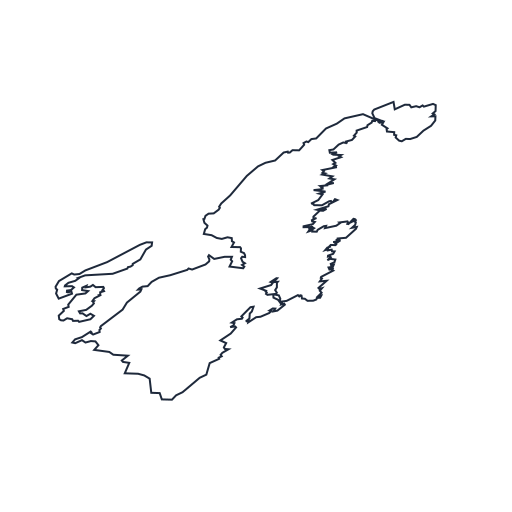 outline of Sømna nor, Nordland, Norway, rotated 169°
{"feature_id": "86288312B60558696179500", "entity_name": "Sømna nor", "entity_type": "district", "adm_level": 2, "iso_a3": "NOR", "parent_name": "Norway", "parent_adm1": "Nordland", "projection": "natural_earth1", "projection_center": [12.23, 65.321], "detail": "fine", "context": "isolated", "style": "outline", "palette": "slate", "viewbox_px": 512, "rotation_deg": 169, "n_neighbors": 0, "source": "geoboundaries", "source_scale": "gbopen_adm2", "svg_char_len": 6140}
<svg xmlns="http://www.w3.org/2000/svg" viewBox="0 0 512 512"><g transform="rotate(169 256 256)"><path d="M301.9,176.2L307.1,179.9L295.6,184.7L289.2,189.7L289.9,190.8L294.9,191.1L291.4,192.1L290.0,194.2L292.5,195.2L286.8,197.5L281.8,197.1L280.9,198.1L281.9,199.5L271.2,206.8L268.1,206.7L270.7,202.3L273.1,200.7L274.4,195.9L278.5,193.7L275.7,193.8L276.3,192.3L267.5,195.9L263.2,195.5L253.9,197.5L251.5,199.1L253.1,199.9L249.5,201.3L247.2,200.7L249.4,198.3L245.4,198.3L237.0,202.7L237.4,203.8L240.6,203.6L239.4,205.3L240.9,205.0L242.7,208.8L246.8,211.8L246.5,214.2L244.7,215.1L252.2,215.7L253.4,216.9L252.4,218.1L253.3,219.2L252.7,219.9L258.2,223.3L246.7,224.6L244.6,226.5L246.6,227.7L240.2,230.3L239.5,230.1L243.7,227.0L239.6,226.5L240.6,225.7L241.5,221.2L243.7,218.9L242.6,216.1L244.0,214.2L241.1,213.0L240.3,209.4L241.2,207.6L240.2,206.4L234.5,206.1L222.3,209.6L221.3,208.1L220.1,209.0L218.8,208.6L220.7,208.4L218.9,208.2L219.0,205.5L216.2,204.7L214.0,202.2L208.3,201.2L205.1,201.8L204.1,203.2L201.0,202.8L199.4,204.8L202.4,204.9L198.6,207.4L200.0,209.7L197.4,211.8L200.1,211.6L200.8,212.7L191.4,218.2L198.2,218.9L195.6,221.3L196.6,222.1L196.0,223.1L183.1,226.9L184.6,228.1L182.1,229.2L186.5,228.7L187.0,230.9L182.6,230.7L181.4,232.5L184.0,232.4L184.1,234.0L180.2,234.9L178.8,237.4L183.6,239.0L186.7,238.3L182.8,240.5L183.6,241.8L185.5,241.7L185.2,242.6L179.8,243.4L178.0,245.5L180.5,246.1L180.5,247.8L185.5,247.8L182.9,249.1L186.9,248.6L184.4,250.6L180.6,251.1L182.2,251.4L180.5,252.6L176.0,251.5L175.1,252.0L175.6,253.0L173.4,253.9L177.6,254.9L170.0,255.1L174.6,256.4L170.2,257.1L173.4,257.7L164.2,256.7L152.7,263.6L151.5,265.3L156.4,265.4L152.7,267.6L151.6,270.0L152.8,271.1L150.4,272.6L154.5,271.5L152.5,273.6L153.2,273.9L159.2,269.7L160.2,270.1L159.2,271.4L159.6,272.5L167.5,273.0L166.9,272.4L171.4,270.4L182.9,270.2L181.5,272.2L183.8,272.3L190.5,269.9L191.7,268.3L196.1,269.2L195.7,270.6L200.0,270.0L197.9,272.0L194.6,271.8L193.7,272.2L194.9,273.2L194.7,272.1L197.8,272.1L198.4,272.6L196.4,273.9L194.4,273.6L203.8,275.2L203.6,276.1L194.2,276.4L191.8,278.2L194.3,279.3L194.3,280.5L189.4,281.7L192.5,281.7L192.1,283.7L184.7,288.4L181.5,287.6L177.7,288.8L184.4,288.5L187.4,289.8L175.4,291.0L174.5,292.9L165.5,295.4L167.7,296.7L169.8,294.6L171.5,294.2L171.9,295.7L173.7,295.8L181.6,293.2L189.2,294.8L190.3,296.3L188.9,296.9L192.0,296.9L184.2,299.0L178.9,303.8L182.1,305.2L175.5,306.0L186.9,309.7L180.0,309.1L177.9,309.4L178.9,311.1L176.5,310.9L178.4,311.4L179.5,312.4L171.7,311.7L173.4,312.4L165.7,312.8L171.2,313.6L164.4,316.3L169.1,318.1L165.8,319.6L175.2,323.2L172.5,323.9L174.9,325.0L173.1,326.4L174.4,327.7L159.6,327.8L163.7,328.4L160.3,329.6L162.6,331.5L160.3,332.3L162.7,335.7L153.7,336.8L155.3,338.2L153.3,338.9L160.8,340.7L161.4,341.2L156.7,342.3L163.8,343.3L163.8,345.9L159.7,345.8L153.6,349.6L148.7,350.8L146.1,349.8L146.7,349.3L145.3,349.9L145.7,351.2L139.7,351.6L135.8,354.4L136.9,355.4L133.6,357.9L133.3,359.9L122.3,361.4L121.6,363.1L117.0,364.9L116.1,366.5L112.6,365.5L113.5,366.3L112.0,366.6L123.9,374.8L142.9,374.2L151.4,370.5L163.0,367.8L174.5,359.9L179.3,360.2L183.0,357.8L184.6,358.8L187.8,357.8L187.5,356.0L193.5,351.5L200.0,352.9L203.1,351.1L204.8,351.3L204.9,352.4L209.1,352.3L219.0,346.1L228.9,345.7L236.9,343.6L249.7,336.4L269.8,320.4L280.1,314.2L282.8,311.4L282.3,310.2L283.8,308.6L289.4,305.9L294.5,306.6L297.9,305.1L299.6,302.2L300.6,302.2L300.3,298.4L297.8,295.1L298.7,293.2L300.8,292.0L303.0,287.6L295.6,284.9L291.1,281.2L286.3,279.3L280.4,279.8L276.4,278.2L276.8,275.1L275.0,273.5L278.3,269.5L269.9,267.7L269.3,266.4L270.1,263.1L267.2,261.1L266.6,258.9L266.9,257.0L269.7,257.9L271.1,256.6L270.3,252.9L268.3,251.0L271.4,249.9L269.5,247.8L270.9,246.4L284.0,250.7L280.4,255.4L281.5,257.2L279.8,259.8L286.8,261.2L297.6,261.1L302.0,265.8L303.1,264.6L302.4,261.6L303.0,259.7L307.2,257.3L321.3,254.9L324.6,256.6L326.1,255.5L343.9,253.5L355.4,253.2L363.4,250.5L368.1,247.1L373.3,247.6L376.9,246.4L378.2,245.5L374.9,245.1L376.3,243.1L391.6,234.9L397.2,228.8L421.6,216.8L422.6,215.7L422.1,214.4L423.8,213.3L424.0,211.2L430.9,210.0L432.9,212.0L432.1,212.5L432.7,213.4L442.3,209.6L449.5,208.7L452.8,206.1L450.1,204.9L442.9,206.6L439.9,203.6L434.3,204.0L429.9,202.8L427.7,198.5L432.7,194.7L418.3,189.8L414.9,186.3L400.8,182.6L407.7,179.0L406.8,177.4L400.8,175.3L407.2,165.9L394.2,162.9L388.5,160.1L383.8,155.9L384.9,141.7L376.7,139.8L375.8,133.2L365.9,131.0L361.0,134.5L354.1,136.3L334.5,147.2L327.4,149.0L321.9,159.7L311.8,162.1L312.0,163.3L308.8,164.1L309.6,165.7L307.5,167.4L300.8,169.7L304.3,170.7L305.0,172.4L301.9,176.2ZM93.5,341.9L91.0,340.8L86.6,342.4L82.4,341.4L75.5,342.2L67.7,347.1L59.3,350.4L54.2,354.8L53.2,358.9L57.3,359.6L53.9,361.0L55.3,362.2L52.1,364.0L50.8,369.8L53.2,371.5L62.7,370.6L63.7,372.0L67.1,370.8L70.2,372.5L75.2,372.3L76.5,375.1L81.0,376.1L91.8,373.5L91.6,381.0L112.0,377.2L113.8,375.8L114.6,373.9L113.3,368.7L109.9,366.6L111.7,366.5L107.3,364.9L110.1,364.2L109.3,363.2L105.3,363.2L107.4,360.8L102.6,356.2L103.6,355.7L103.7,353.2L96.7,351.2L97.3,348.6L95.3,347.7L96.3,345.7L93.5,341.9ZM440.2,274.1L454.2,269.0L458.6,264.1L458.7,262.3L457.6,260.9L459.4,257.3L457.8,251.8L443.8,254.1L444.0,256.5L447.5,256.2L448.5,256.7L448.1,258.1L444.1,257.9L440.7,259.9L442.4,261.5L449.5,262.7L449.1,263.5L445.2,265.5L438.2,266.1L434.3,267.9L434.9,268.4L427.4,269.6L400.1,265.9L384.7,268.2L383.8,269.5L381.3,269.5L378.8,270.5L378.5,271.8L370.2,274.7L362.8,283.3L356.5,285.9L355.4,289.2L361.0,290.3L367.9,289.1L403.3,278.4L426.3,274.4L432.7,272.0L438.0,272.5L440.2,274.1ZM442.2,225.1L430.6,225.5L426.5,228.2L429.6,230.9L433.9,229.4L437.2,232.8L439.6,233.2L440.4,235.5L433.0,235.5L426.6,238.5L424.2,240.4L424.7,242.0L423.7,242.6L425.1,243.1L422.6,245.4L416.7,247.1L417.2,247.6L416.2,247.7L415.9,250.1L411.9,250.5L412.5,252.1L411.6,252.4L412.6,252.4L411.4,253.5L411.8,254.8L419.4,256.0L421.6,258.7L424.5,257.5L429.0,257.7L428.1,259.1L432.6,258.1L433.2,255.7L427.5,253.6L430.6,251.8L439.7,252.3L449.6,244.1L449.6,241.8L455.4,240.8L455.1,238.8L461.0,235.1L461.2,231.5L459.7,230.1L457.3,229.4L453.3,230.9L448.5,229.0L448.0,227.2L443.0,226.4L442.2,225.1Z" fill="none" stroke="#1e293b" stroke-width="2"/></g></svg>